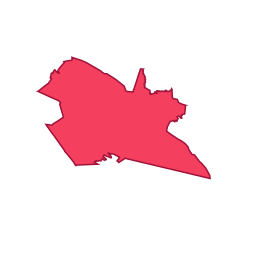 San Luis Amatlán, Oaxaca, Mexico (Equal Earth projection), rotated 120°
{"feature_id": "50627088B42859647725338", "entity_name": "San Luis Amatlán", "entity_type": "district", "adm_level": 2, "iso_a3": "MEX", "parent_name": "Mexico", "parent_adm1": "Oaxaca", "projection": "equal_earth", "projection_center": [-96.504, 16.471], "detail": "fine", "context": "isolated", "style": "filled", "palette": "rose", "viewbox_px": 256, "rotation_deg": 120, "n_neighbors": 0, "source": "geoboundaries", "source_scale": "gbopen_adm2", "svg_char_len": 5465}
<svg xmlns="http://www.w3.org/2000/svg" viewBox="0 0 256 256"><g transform="rotate(120 128 128)"><path d="M81.2,121.3L81.7,121.8L82.0,121.8L82.5,121.6L82.9,120.5L83.1,120.2L83.6,120.6L83.4,121.1L83.2,121.6L83.0,121.9L83.3,122.7L83.6,122.9L84.2,122.5L84.4,122.3L84.6,122.3L85.0,122.7L85.2,122.9L85.6,123.4L86.1,123.6L86.4,123.8L86.5,124.1L86.5,124.4L86.7,124.7L87.1,124.8L87.5,125.0L87.6,126.0L87.5,126.3L87.4,126.4L86.9,126.2L86.5,126.2L86.1,126.4L85.9,126.8L84.8,127.7L84.4,128.0L84.6,129.4L84.6,130.5L84.6,131.1L84.5,131.5L84.5,132.2L84.5,132.5L84.7,132.9L84.7,133.9L84.1,134.0L83.7,134.1L83.1,134.5L83.1,134.8L82.7,135.3L82.4,135.6L82.1,135.6L82.0,135.4L81.6,135.9L81.5,136.1L81.4,136.1L80.8,135.8L80.7,135.7L80.4,135.7L80.2,135.9L80.0,136.0L79.8,136.0L79.7,135.9L79.4,135.9L79.1,136.1L78.9,136.4L78.7,136.4L78.6,136.5L78.3,136.9L78.2,137.1L77.9,137.2L77.6,137.2L77.3,137.1L77.2,137.6L76.8,137.8L76.5,137.9L76.3,138.0L76.2,138.2L75.9,138.2L75.8,138.4L75.6,138.6L75.2,138.8L74.9,139.1L75.1,139.4L74.6,139.8L74.3,140.2L74.2,140.6L73.8,140.8L73.2,141.7L73.4,142.0L73.4,142.3L73.2,142.4L72.8,142.3L72.7,142.3L72.5,142.7L71.9,143.2L71.4,143.1L70.7,143.5L70.4,143.9L70.2,144.4L69.8,144.3L69.7,144.4L69.4,144.3L70.6,146.7L73.6,146.1L76.1,145.6L83.7,143.9L83.9,143.9L84.4,143.8L86.0,143.4L86.7,143.3L89.1,142.8L89.4,142.7L91.4,142.3L92.5,142.2L94.5,141.7L95.0,143.1L96.2,145.8L97.1,148.0L95.7,149.8L95.5,150.0L93.7,152.2L93.5,152.9L93.3,154.8L93.1,156.1L92.8,157.9L92.7,159.0L92.1,162.6L92.1,163.0L92.0,163.8L91.6,173.4L92.6,175.2L92.7,176.5L92.7,176.9L92.7,177.5L92.6,178.0L92.7,178.6L92.6,178.9L92.4,179.2L92.4,179.7L92.2,180.1L92.2,197.1L92.7,201.4L92.7,201.9L92.8,202.5L93.0,203.1L93.1,203.8L93.2,204.3L93.3,204.6L94.7,211.3L94.8,211.8L94.9,211.7L95.0,211.2L95.6,210.9L95.6,211.0L95.8,211.3L95.8,211.9L95.9,211.5L95.8,211.0L95.8,210.8L95.9,210.7L96.2,210.6L96.6,210.5L97.0,210.6L97.8,210.9L98.3,211.6L98.4,212.0L102.6,216.8L102.9,216.2L103.2,215.8L105.1,216.3L105.9,216.4L106.8,216.7L111.2,217.4L113.8,217.4L113.9,217.0L114.0,216.9L114.2,216.6L114.4,216.2L114.4,215.7L114.6,215.3L114.8,215.1L115.2,216.1L115.2,216.7L115.2,217.3L115.1,217.9L115.0,218.5L114.6,219.3L114.2,220.4L114.8,220.8L116.6,220.8L117.2,220.4L117.9,220.5L118.1,221.3L119.0,221.4L119.1,221.5L119.2,221.4L119.5,221.6L119.8,221.6L120.0,221.5L120.2,221.4L120.5,221.2L120.8,221.0L121.0,220.9L121.3,220.8L122.1,220.8L122.4,220.7L122.6,220.6L122.8,220.4L123.1,220.4L123.5,220.4L123.5,219.7L123.5,219.3L123.5,219.1L123.6,218.8L129.5,219.3L130.1,219.8L141.2,224.2L141.3,224.3L140.0,210.5L139.6,206.5L139.0,201.7L139.9,198.9L141.5,199.1L150.9,189.3L157.6,192.6L160.9,194.4L161.9,194.9L163.4,195.2L163.5,195.2L166.0,200.9L170.9,190.3L171.2,189.3L178.9,172.5L179.2,172.0L179.4,171.7L180.0,170.8L180.9,168.0L184.4,158.8L185.6,156.6L186.0,155.8L186.3,154.9L186.6,154.7L186.4,154.3L186.3,154.1L186.0,154.3L174.4,136.0L174.4,140.1L174.2,139.9L174.0,139.6L173.8,139.5L173.4,139.3L173.2,139.2L173.0,139.6L172.8,139.6L172.3,139.5L172.1,139.2L172.0,138.0L171.8,137.8L171.7,137.5L171.5,137.2L170.6,136.4L170.2,136.0L170.2,135.7L170.1,135.3L170.0,135.0L167.2,134.9L167.4,133.9L167.6,133.3L167.7,133.2L167.8,132.8L167.8,132.5L167.7,132.5L167.5,132.3L167.3,132.2L167.1,132.0L167.0,131.8L166.7,131.3L166.4,131.1L166.1,131.1L165.9,131.4L165.7,132.0L165.6,132.4L165.4,133.5L165.3,134.0L165.1,134.3L165.0,134.8L164.7,135.4L163.4,135.2L162.4,127.8L162.1,127.7L161.5,127.9L161.3,128.2L161.0,128.6L160.9,129.0L160.6,130.0L160.3,130.9L160.2,131.9L160.1,132.3L160.0,132.5L159.8,132.5L159.7,132.5L159.2,131.9L159.1,131.4L159.1,130.9L159.1,130.3L159.1,130.1L159.1,129.8L159.0,129.4L158.8,129.3L158.6,129.1L158.1,128.5L158.1,128.2L158.0,127.9L157.8,127.3L157.6,120.9L158.2,121.1L158.5,121.0L158.7,120.9L158.9,120.7L159.3,120.5L159.5,120.4L159.8,120.5L160.1,120.7L160.4,120.9L160.7,121.0L161.0,121.1L161.4,121.1L161.7,121.1L162.0,121.0L162.1,120.8L162.1,120.4L162.2,119.8L162.3,119.2L162.5,118.8L159.1,117.0L156.8,115.8L156.6,115.7L155.7,115.3L130.7,31.7L128.1,33.6L123.8,40.8L121.5,47.5L121.4,47.8L121.4,48.1L121.4,48.4L121.5,48.7L121.5,49.0L118.1,56.7L118.8,59.6L118.0,61.0L117.8,61.5L117.6,62.0L117.5,62.5L117.2,62.8L116.8,63.2L116.6,63.7L116.6,64.2L116.3,64.6L115.9,65.1L115.5,65.3L115.2,65.6L114.9,66.0L114.5,66.4L114.3,66.8L114.1,67.3L112.9,71.0L112.5,75.6L112.6,79.5L112.1,87.0L112.0,88.2L112.0,88.3L111.5,93.0L107.7,94.4L106.6,94.5L105.9,94.6L104.8,94.6L103.2,94.8L101.9,94.9L100.5,93.9L99.1,92.7L99.2,91.5L99.2,91.4L99.2,90.7L98.0,91.1L98.2,90.3L97.7,89.6L97.8,89.2L97.0,89.1L95.5,89.6L95.0,89.3L95.0,89.8L94.3,90.2L94.2,90.2L93.5,91.1L92.1,89.5L93.0,87.3L92.6,86.4L91.8,87.0L91.6,87.3L91.3,87.5L91.0,87.8L90.5,87.9L90.1,88.2L89.6,87.4L89.4,87.5L88.6,87.3L88.2,87.0L87.9,86.7L87.9,86.3L87.8,86.2L87.5,85.9L79.6,89.5L79.5,89.4L80.3,92.8L80.7,96.9L78.6,99.6L78.8,100.2L79.0,100.7L79.1,101.1L79.5,102.4L79.8,102.9L80.0,103.4L79.7,103.8L79.5,104.7L73.0,109.0L72.7,109.1L72.5,109.6L72.3,109.8L72.5,109.8L72.6,109.7L72.7,109.8L72.9,109.8L73.1,109.5L73.9,109.5L74.2,110.1L74.5,110.3L74.9,110.2L75.7,110.8L76.2,111.5L76.5,111.6L76.7,111.9L76.7,112.1L76.6,112.6L76.3,113.3L76.3,113.7L76.4,114.1L76.9,114.3L77.1,114.1L77.3,114.1L77.6,113.9L77.8,113.9L77.8,114.1L77.7,114.4L77.7,114.7L78.0,114.9L78.1,115.0L78.3,115.4L78.5,115.7L78.9,116.3L79.1,116.8L79.1,117.3L79.8,117.9L80.0,117.9L80.2,118.1L80.2,118.9L80.3,119.3L80.6,119.2L80.8,119.4L80.8,120.4L80.9,120.8L81.2,121.3Z" fill="#f43f5e" stroke="#9f1239" stroke-width="1.5"/></g></svg>